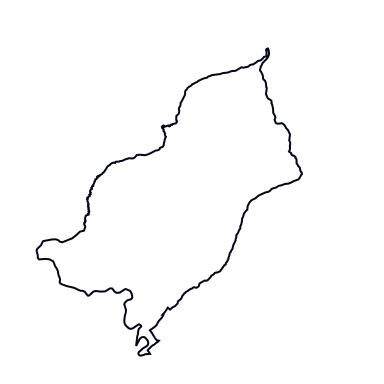 Belin, Covasna, Romania, rotated 313°
{"feature_id": "2599482B25524840446073", "entity_name": "Belin", "entity_type": "district", "adm_level": 2, "iso_a3": "ROU", "parent_name": "Romania", "parent_adm1": "Covasna", "projection": "robinson", "projection_center": [25.628, 45.924], "detail": "fine", "context": "isolated", "style": "outline", "palette": "ink", "viewbox_px": 384, "rotation_deg": 313, "n_neighbors": 0, "source": "geoboundaries", "source_scale": "gbopen_adm2", "svg_char_len": 6021}
<svg xmlns="http://www.w3.org/2000/svg" viewBox="0 0 384 384"><g transform="rotate(313 192 192)"><path d="M281.1,258.9L281.0,258.0L281.6,256.5L283.4,254.1L283.4,252.1L284.2,249.9L284.1,249.3L284.5,248.6L285.0,248.4L285.4,247.8L286.7,246.7L287.4,245.6L287.4,244.5L288.1,244.0L288.1,241.7L287.4,241.1L287.2,239.4L287.3,239.0L287.6,238.9L288.1,237.8L287.7,235.4L289.6,234.7L290.8,233.9L292.7,231.9L294.2,231.1L295.1,230.0L296.1,227.9L300.7,224.6L301.4,223.5L301.7,222.3L302.8,219.9L302.9,217.5L303.9,214.5L304.0,213.6L303.8,211.4L303.5,210.6L301.9,209.5L300.3,208.0L299.7,206.6L299.7,205.9L301.1,203.2L303.5,202.1L304.8,199.2L305.3,197.4L308.5,194.2L309.5,192.4L310.6,191.1L310.9,189.8L311.9,189.1L312.9,187.8L312.8,186.1L312.2,183.9L312.6,182.8L312.8,181.8L313.5,180.8L313.9,179.4L318.8,176.0L319.3,175.4L319.5,174.5L320.2,173.9L322.5,171.1L323.2,169.4L323.1,167.8L323.3,166.8L325.7,164.0L327.1,160.4L327.2,159.0L327.6,158.5L330.6,156.8L331.8,156.6L334.3,155.7L340.7,155.8L343.0,155.4L344.9,154.6L345.7,154.1L347.6,151.8L348.7,150.1L348.7,149.6L348.0,149.6L347.4,149.0L346.6,149.2L346.0,149.7L346.1,150.2L345.8,150.5L342.7,153.4L341.8,153.8L340.0,152.5L337.9,152.7L335.8,152.5L334.9,152.3L332.7,150.8L330.7,150.6L327.3,149.8L324.7,147.9L322.2,147.7L320.3,146.5L317.9,144.7L317.2,143.4L316.7,143.1L310.4,141.2L307.7,138.8L305.8,137.6L304.3,137.1L299.5,133.1L298.5,132.8L296.9,131.7L290.9,126.7L289.5,126.3L287.5,125.1L285.9,125.0L282.7,122.9L277.7,120.9L275.7,120.7L274.4,119.9L272.2,119.4L271.0,118.7L269.5,118.8L265.3,117.8L263.7,118.2L261.6,118.1L260.1,119.0L259.0,120.2L257.6,120.8L250.6,122.8L249.6,122.8L247.3,124.6L244.6,125.2L243.3,126.2L243.2,126.7L242.3,127.6L240.9,128.6L239.7,128.9L236.9,128.7L234.2,131.1L233.5,132.0L233.6,132.7L232.2,133.4L231.1,133.3L228.3,131.4L227.4,131.6L227.1,130.8L226.8,130.5L225.8,130.7L225.2,131.1L224.8,130.9L224.2,130.0L224.6,129.5L224.5,129.3L222.9,128.3L222.0,128.1L221.3,127.5L220.4,127.3L220.4,126.7L221.4,126.2L221.2,125.7L219.3,125.4L218.3,127.0L218.5,128.0L218.3,128.8L217.1,129.6L217.2,130.6L216.4,131.9L216.5,132.4L215.7,132.8L215.0,133.8L214.7,134.3L214.6,135.3L212.0,136.1L210.5,137.2L208.5,138.2L207.0,139.4L205.1,139.8L202.5,138.5L201.5,139.0L200.5,139.0L198.9,138.3L197.5,137.1L192.5,135.4L189.1,133.9L186.7,132.4L184.3,129.1L181.7,126.6L181.2,126.4L178.4,126.6L176.2,125.9L173.8,123.0L170.6,121.1L167.2,119.7L165.9,118.6L163.9,117.5L162.9,116.3L161.9,115.5L160.8,115.9L159.8,114.4L157.5,113.4L155.2,113.5L154.2,112.9L151.8,112.9L151.1,113.3L147.7,113.8L147.3,114.1L146.9,113.9L145.7,114.0L145.0,113.6L144.1,114.0L142.9,113.8L141.9,113.1L140.6,113.5L140.3,113.4L140.1,112.6L139.5,112.3L138.9,113.0L138.3,113.2L138.0,113.1L137.9,112.5L136.4,113.3L135.4,112.7L134.1,113.6L133.2,113.5L132.9,113.9L129.8,115.0L129.3,115.5L129.0,115.1L128.6,115.5L128.0,115.1L127.6,115.2L127.2,115.6L126.4,115.6L126.3,116.5L126.1,116.8L125.0,116.3L123.3,116.7L122.7,117.3L122.6,118.3L121.4,118.3L121.0,118.7L121.1,119.2L119.9,118.9L119.8,119.7L119.4,120.0L118.9,120.0L118.1,119.4L117.2,119.7L116.3,119.3L116.0,119.7L116.3,120.2L116.0,120.5L115.1,120.3L115.0,120.9L114.0,121.7L113.3,123.4L113.0,123.6L112.7,124.2L111.9,124.6L112.1,125.1L110.3,125.9L110.4,126.9L109.5,127.2L109.3,128.1L108.6,128.1L108.2,129.0L107.5,129.3L107.8,130.1L106.4,130.8L106.0,130.8L105.7,131.2L105.3,130.7L104.9,130.8L104.7,131.4L104.4,131.1L103.9,131.3L102.4,130.5L101.9,130.6L99.9,131.7L98.8,132.8L98.6,133.5L97.7,133.5L97.6,134.2L97.1,134.1L96.5,134.6L96.0,134.3L95.7,134.3L95.4,134.8L94.7,135.4L94.4,136.7L94.0,137.5L90.1,139.4L86.6,137.1L81.6,136.8L76.5,136.0L67.3,131.7L66.8,131.4L65.4,129.0L65.6,127.3L64.7,124.9L62.1,122.2L54.8,116.8L54.0,116.6L50.2,117.9L45.2,117.6L43.5,118.0L42.6,119.0L40.5,122.4L38.7,124.1L38.4,126.1L43.3,130.6L45.5,133.6L46.6,137.4L46.3,138.7L44.5,142.2L43.7,145.5L42.7,147.8L40.2,151.0L39.2,153.4L38.3,154.8L37.8,155.4L35.7,156.8L35.3,158.1L35.9,160.2L37.9,164.8L40.8,169.8L42.0,172.3L42.9,175.7L44.1,178.4L45.2,179.4L45.9,181.7L45.1,186.3L45.4,186.9L46.6,187.4L51.6,187.8L53.0,188.4L54.1,189.3L56.9,193.2L60.3,196.4L64.6,197.5L66.0,198.1L67.0,199.6L66.4,202.9L66.5,204.6L66.9,205.7L69.0,207.7L75.3,209.3L75.7,209.6L76.1,210.2L76.7,212.3L77.4,213.6L77.3,215.1L76.4,217.2L75.1,219.3L73.9,220.4L72.0,220.6L68.8,218.6L65.9,218.4L64.5,218.6L63.6,219.2L60.7,224.2L58.5,225.9L55.6,227.4L52.2,229.8L50.4,231.6L49.3,233.9L49.2,235.5L49.2,238.7L49.7,239.8L50.9,241.2L52.0,241.7L58.6,243.2L59.2,243.7L59.5,245.6L59.4,246.2L59.1,246.6L55.7,246.5L54.0,247.2L51.3,249.3L48.7,250.7L41.3,256.1L48.5,254.1L50.2,254.0L51.8,254.5L52.9,255.5L53.4,256.3L53.5,258.4L52.9,261.5L51.4,263.4L49.4,264.1L48.1,263.9L44.3,262.8L38.4,262.3L37.5,262.8L36.9,263.5L36.7,265.0L37.4,266.1L39.2,267.4L41.7,268.6L45.0,271.7L46.0,267.6L47.4,267.4L52.9,267.8L54.8,268.5L56.9,268.6L59.6,269.3L60.7,269.2L59.7,267.6L59.6,266.9L59.9,264.6L61.6,258.8L62.1,255.5L66.9,256.5L70.1,256.9L74.8,255.7L79.7,255.6L82.4,255.0L81.9,254.2L86.2,254.0L90.9,253.2L91.0,256.1L94.4,256.5L97.1,257.4L100.7,257.5L101.9,256.6L102.8,256.3L105.9,256.9L108.1,256.4L109.7,255.7L111.4,255.8L112.5,255.5L113.2,255.8L114.7,255.6L116.2,256.3L120.2,257.0L121.4,257.9L123.1,258.0L123.9,258.7L124.9,260.5L127.0,261.2L127.9,261.1L130.1,260.0L131.1,260.1L135.8,261.6L136.2,262.0L136.4,262.6L138.0,263.6L142.5,263.7L143.7,263.2L146.3,264.0L148.4,263.9L149.9,264.8L150.3,265.4L153.2,266.6L160.6,265.6L161.9,266.1L163.0,265.3L165.3,265.1L166.4,264.6L167.9,264.3L169.0,263.4L171.1,262.6L173.2,261.2L174.3,261.3L175.4,260.8L177.9,260.4L181.7,258.3L186.1,257.0L188.0,255.6L189.3,255.2L190.3,254.0L193.6,253.5L195.9,252.6L198.4,252.1L199.7,250.8L202.1,250.0L205.5,247.9L206.4,246.9L208.5,246.4L211.5,244.8L215.6,244.3L216.7,244.6L219.6,242.3L223.9,241.1L226.9,241.2L230.4,242.6L235.1,243.2L241.8,246.0L244.3,247.8L245.9,248.2L249.0,248.2L252.5,250.4L255.4,251.1L257.7,252.7L261.6,254.7L263.6,256.6L264.7,257.2L267.4,258.4L268.3,258.5L273.5,261.1L274.6,261.3L278.1,260.5L278.4,260.2L280.0,260.2L281.1,258.9Z" fill="none" stroke="#020617" stroke-width="2"/></g></svg>